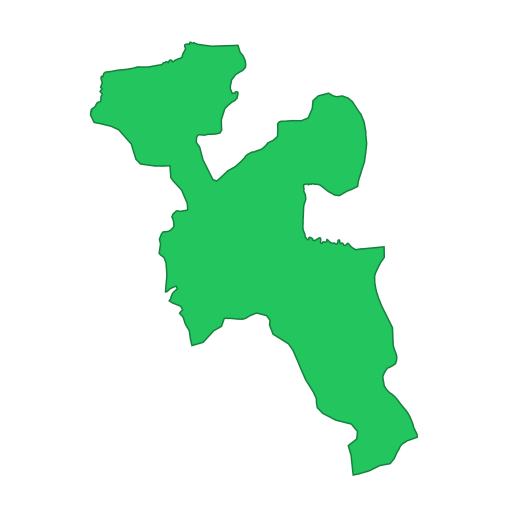 Shar'ab As Salam, Ta`izz, Yemen, rotated 6°
{"feature_id": "15242507B43426345122943", "entity_name": "Shar'ab As Salam", "entity_type": "district", "adm_level": 2, "iso_a3": "YEM", "parent_name": "Yemen", "parent_adm1": "Ta`izz", "projection": "orthographic", "projection_center": [43.887, 13.783], "detail": "fine", "context": "isolated", "style": "filled", "palette": "green", "viewbox_px": 512, "rotation_deg": 6, "n_neighbors": 0, "source": "geoboundaries", "source_scale": "gbopen_adm2", "svg_char_len": 5987}
<svg xmlns="http://www.w3.org/2000/svg" viewBox="0 0 512 512"><g transform="rotate(6 256 256)"><path d="M76.7,129.6L76.7,133.1L81.1,140.1L87.0,140.6L98.2,142.1L106.3,144.8L120.3,157.7L126.4,172.2L131.5,176.6L145.1,177.0L145.4,177.1L154.7,176.2L161.0,175.2L163.1,187.0L165.7,189.9L175.1,198.2L177.1,201.8L182.1,210.7L183.2,216.9L183.0,217.5L175.8,219.6L173.7,219.2L172.1,219.6L169.2,222.8L168.2,226.1L169.3,227.3L170.5,230.7L171.3,235.3L168.8,238.8L166.3,240.7L161.0,241.8L159.6,244.2L158.2,249.4L159.8,254.1L159.4,263.4L160.5,264.6L164.7,267.2L167.3,272.3L169.4,284.6L169.7,301.1L170.9,301.0L174.3,297.3L179.6,294.3L181.3,296.7L178.4,299.9L176.9,301.9L175.8,305.6L175.8,307.1L174.4,309.7L178.1,311.5L186.3,313.8L188.7,317.1L186.5,319.9L186.0,321.0L189.8,324.3L193.0,331.3L197.4,337.2L199.6,345.8L201.7,351.8L212.4,347.4L221.7,334.9L222.2,334.4L229.0,329.6L231.0,321.3L237.2,320.7L244.8,320.6L249.5,320.2L252.7,318.8L255.4,316.5L262.3,312.7L264.4,312.9L272.8,314.2L274.2,315.7L276.7,318.6L276.7,323.3L281.2,332.0L292.7,337.6L297.7,340.1L302.6,345.9L309.1,357.3L312.0,362.8L318.4,374.0L327.2,385.2L331.0,391.6L331.5,395.8L332.9,400.5L339.0,405.6L352.5,410.9L368.4,413.2L375.3,419.9L375.3,427.5L367.6,434.9L371.4,444.3L374.8,460.4L375.6,463.7L381.3,461.8L391.1,457.8L399.1,452.7L400.6,451.7L401.6,451.3L411.1,448.5L414.6,443.1L415.9,439.1L417.1,435.8L418.4,433.2L419.3,430.2L421.0,427.7L423.7,425.6L425.8,423.9L435.3,419.4L434.8,416.5L430.7,409.9L429.7,407.0L428.4,404.4L425.6,399.3L423.7,396.7L421.9,394.5L417.5,390.3L415.2,388.0L412.8,385.3L410.8,383.3L408.2,381.0L405.9,379.4L403.3,378.0L400.9,376.2L398.8,374.0L397.1,371.7L394.7,363.0L395.7,359.2L397.0,356.1L398.5,353.8L401.2,352.3L403.5,350.6L405.9,348.7L406.6,345.8L406.7,342.6L406.0,339.6L403.3,334.2L401.8,330.6L399.2,313.0L386.3,292.7L382.0,284.6L380.8,281.7L379.6,279.1L378.5,275.8L377.7,273.1L376.9,270.0L376.5,267.0L376.1,263.9L376.5,260.8L377.5,257.9L378.5,255.0L380.6,249.5L382.2,246.7L383.7,243.9L383.0,237.9L382.4,233.5L360.5,237.9L359.8,237.9L354.1,239.4L353.0,238.5L351.6,238.1L349.7,236.9L346.4,233.9L345.9,233.8L345.2,234.4L344.6,235.3L343.8,236.1L343.3,236.2L342.6,236.2L342.2,236.0L341.8,235.4L341.4,234.8L340.7,234.2L340.3,234.1L339.7,234.3L339.4,234.7L339.1,234.9L338.6,234.8L338.3,234.4L337.6,232.1L337.3,231.5L337.0,231.4L336.4,231.4L336.0,232.0L335.9,233.9L335.6,234.8L335.4,235.5L334.9,235.7L333.9,235.6L333.3,235.3L332.9,235.1L332.4,234.9L332.1,235.0L331.2,235.3L330.5,235.3L329.7,235.1L328.7,234.8L327.7,234.2L326.3,233.1L325.9,232.7L325.5,232.4L325.1,232.2L324.8,232.2L324.8,234.2L324.1,234.7L323.0,235.0L322.4,235.0L322.0,234.8L321.5,234.8L321.2,235.0L320.9,235.5L320.6,236.1L320.3,236.5L320.0,236.6L319.6,236.6L319.0,236.2L318.7,235.3L318.7,233.8L318.7,233.1L318.6,232.4L318.4,231.9L318.0,231.3L317.6,231.3L317.0,231.4L316.1,231.9L314.7,233.2L312.8,234.4L312.2,234.5L311.7,234.6L311.2,234.5L310.9,234.2L310.8,233.6L310.3,232.8L309.5,232.4L307.9,231.7L307.4,231.8L306.9,232.1L306.6,232.7L306.6,233.5L306.0,234.2L305.6,234.5L304.3,233.3L303.7,232.5L303.0,231.9L302.1,228.8L300.9,226.6L300.1,224.9L299.5,221.6L299.4,218.1L299.2,217.8L298.3,202.5L298.3,200.4L299.6,194.5L298.7,189.9L297.8,188.3L296.7,186.5L296.6,185.9L296.8,185.0L296.6,183.8L295.9,181.2L296.1,180.0L296.6,179.8L297.4,179.7L298.0,179.3L299.6,179.1L300.2,179.1L300.5,179.6L300.8,179.7L301.3,179.4L301.5,179.0L301.8,178.9L302.2,178.9L302.4,178.8L302.9,178.7L303.5,178.9L305.0,178.1L305.6,178.4L306.6,178.4L307.7,178.4L308.8,178.3L310.7,178.4L312.2,178.8L313.9,179.6L314.9,180.5L315.2,180.5L321.5,184.5L328.2,187.2L332.7,187.2L337.7,183.5L339.8,182.0L343.9,179.9L349.8,176.2L350.0,170.9L351.1,164.7L351.2,164.8L352.9,156.0L354.0,151.1L354.3,141.2L354.3,132.6L352.9,125.6L352.4,123.6L352.3,121.1L349.5,111.5L345.7,104.3L342.3,100.6L335.8,92.5L331.0,89.3L325.0,87.8L319.7,89.2L316.1,88.7L311.2,86.5L301.3,90.2L296.5,95.5L296.5,103.7L293.4,113.3L286.5,117.0L285.7,116.9L277.8,117.6L269.1,119.2L267.1,119.3L265.0,120.3L263.7,122.3L264.4,127.2L264.9,134.9L260.9,139.3L255.9,142.3L255.1,143.8L253.5,146.0L250.4,149.2L247.2,150.7L245.1,151.7L242.9,152.8L241.1,153.1L237.5,155.5L235.1,157.8L234.6,159.3L231.5,163.3L226.2,169.2L219.1,174.2L214.3,179.9L209.2,185.5L205.2,184.6L193.2,165.9L188.5,153.4L185.4,150.1L185.4,149.8L184.8,149.4L184.6,148.5L184.6,145.5L184.6,144.2L184.9,143.0L185.5,142.1L186.6,141.4L187.5,141.3L190.0,141.3L192.1,141.2L193.8,140.7L195.7,139.9L198.4,139.7L203.5,138.8L207.3,137.4L208.7,134.5L207.7,127.8L207.3,124.1L207.4,123.4L209.6,112.7L212.3,109.3L215.8,105.6L218.7,103.6L220.7,101.0L221.0,97.7L221.1,95.7L220.4,94.7L218.4,94.9L218.1,96.0L215.4,96.8L212.9,92.1L212.8,88.6L213.3,85.1L213.2,83.5L215.9,79.3L216.5,78.0L220.1,75.1L223.4,72.8L225.8,69.5L225.7,66.4L224.8,62.7L222.3,58.4L218.9,55.0L216.4,49.2L215.9,48.3L212.6,48.9L189.9,52.0L175.6,51.6L175.3,51.4L174.1,51.2L171.7,50.3L171.2,50.9L170.6,51.1L169.9,50.9L169.1,50.4L168.2,50.3L167.7,51.1L167.7,51.8L167.5,52.4L166.6,52.4L165.6,52.3L163.8,52.9L163.2,53.4L163.1,54.0L163.2,54.9L164.3,57.1L163.5,59.5L162.2,62.3L162.1,63.6L161.8,64.3L161.7,65.0L161.9,65.9L161.5,66.3L160.9,66.4L160.6,67.0L160.1,67.3L159.1,67.6L155.8,69.3L154.6,70.2L153.5,71.3L152.9,71.5L152.5,71.5L152.2,71.1L152.0,70.6L151.6,70.2L150.7,70.0L150.0,70.2L149.6,70.5L149.2,71.0L148.9,72.3L148.7,72.8L148.1,72.7L147.8,72.3L146.8,72.2L146.1,72.3L145.1,73.2L144.4,73.3L143.4,73.9L142.8,74.9L142.1,75.7L138.6,76.5L129.2,79.3L118.3,80.4L114.5,82.0L107.8,83.9L98.8,85.7L93.2,87.5L86.9,88.9L86.6,89.5L86.0,90.0L85.6,90.4L85.4,91.0L85.0,93.5L84.8,93.8L84.4,93.7L84.0,93.4L83.7,93.5L83.4,93.8L83.3,94.5L83.3,95.6L83.6,96.4L83.9,97.3L85.1,99.8L84.8,100.7L83.8,104.5L84.0,104.9L84.9,105.1L85.4,105.5L85.4,106.2L84.7,107.2L84.0,107.9L83.8,108.9L86.2,110.9L86.1,111.7L85.2,113.4L85.2,114.3L85.4,116.5L85.4,117.9L85.1,118.6L84.4,119.1L83.7,119.2L82.8,119.7L81.8,120.6L81.1,122.2L80.8,123.4L80.1,124.6L78.2,126.2L76.8,127.7L76.8,128.2L77.4,129.4L76.7,129.6Z" fill="#22c55e" stroke="#15803d" stroke-width="1.5"/></g></svg>